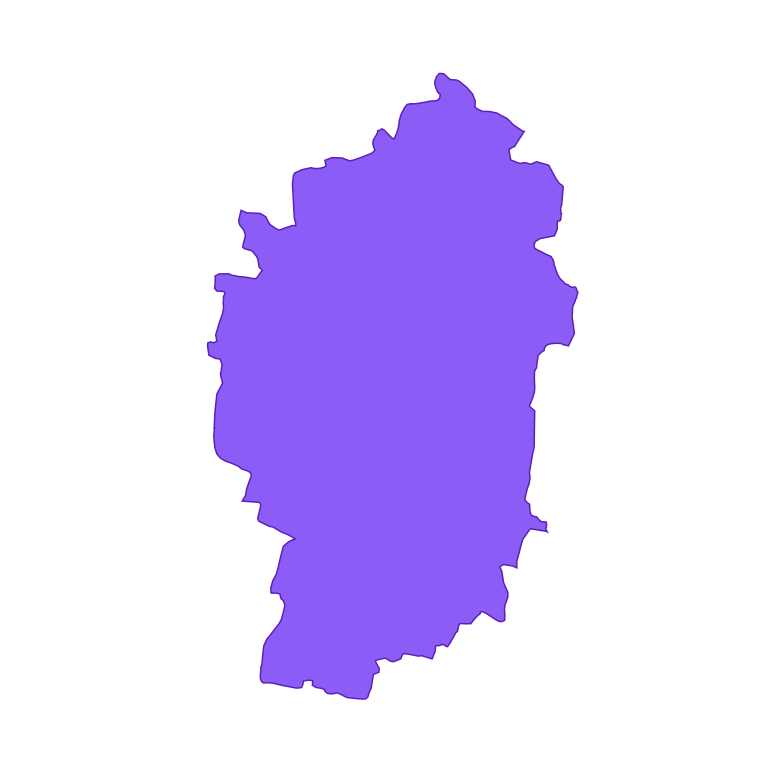 the district of Al Ma'ra, Idlib, Syria, rotated 278°
{"feature_id": "27442178B71280190344240", "entity_name": "Al Ma'ra", "entity_type": "district", "adm_level": 2, "iso_a3": "SYR", "parent_name": "Syria", "parent_adm1": "Idlib", "projection": "natural_earth1", "projection_center": [36.792, 35.566], "detail": "fine", "context": "isolated", "style": "filled", "palette": "violet", "viewbox_px": 768, "rotation_deg": 278, "n_neighbors": 0, "source": "geoboundaries", "source_scale": "gbopen_adm2", "svg_char_len": 6135}
<svg xmlns="http://www.w3.org/2000/svg" viewBox="0 0 768 768"><g transform="rotate(278 384 384)"><path d="M634.1,342.6L631.8,342.5L628.3,341.3L624.0,339.4L620.5,339.5L616.6,341.0L614.4,342.6L611.1,340.1L606.2,331.7L601.6,323.0L600.2,319.0L602.0,310.9L600.9,300.9L597.3,294.4L591.7,296.3L590.1,294.0L588.7,290.5L588.1,288.0L587.7,284.8L588.1,282.0L586.9,278.5L584.7,272.8L582.8,269.8L580.7,266.5L578.4,265.3L569.4,265.5L535.8,272.1L530.7,274.2L528.5,274.6L528.2,271.4L525.7,266.2L523.4,261.8L521.8,259.0L522.6,255.9L525.1,250.6L526.9,248.0L533.2,243.6L535.7,237.6L534.4,224.3L536.1,218.3L526.6,217.4L523.6,217.9L521.4,219.0L517.4,223.3L512.0,226.2L502.5,225.1L499.8,225.1L498.6,226.9L497.5,234.7L492.7,240.0L489.8,241.8L482.3,244.1L479.6,247.7L477.1,246.1L472.0,243.7L470.2,241.7L470.5,231.9L470.2,225.4L470.6,217.9L471.5,215.3L471.1,211.8L470.0,205.1L468.4,203.2L467.6,201.8L458.9,202.9L455.1,202.9L452.8,205.5L453.3,212.5L451.4,214.0L448.1,212.8L445.1,213.4L442.4,213.4L437.0,214.5L431.5,214.4L421.2,212.3L408.9,210.5L406.2,211.6L403.0,212.4L401.2,209.9L401.5,206.6L400.4,203.9L397.4,203.9L388.1,206.6L386.8,210.7L385.9,213.4L385.9,218.2L380.9,220.9L374.9,221.0L371.2,220.6L368.2,221.7L362.6,224.0L359.6,223.1L351.0,219.9L333.1,220.5L321.2,221.5L316.6,222.3L316.6,221.9L315.9,222.3L309.8,222.6L303.6,223.8L297.4,225.4L291.6,228.1L287.8,232.3L285.6,237.7L284.4,243.7L282.5,250.8L280.1,254.9L278.9,260.9L277.9,263.8L275.0,265.4L268.3,264.0L261.3,262.6L254.3,262.4L248.3,259.9L249.2,272.9L249.4,277.4L246.9,278.9L233.2,277.6L230.7,279.2L227.1,290.0L226.9,294.1L223.2,302.7L221.3,310.2L218.3,317.7L216.7,314.7L214.4,311.4L209.4,307.0L205.3,306.4L195.3,305.4L188.0,304.8L180.5,303.8L173.8,301.3L167.1,300.3L161.3,301.2L161.9,306.8L161.7,310.1L159.5,310.9L157.0,312.0L155.6,314.3L152.3,316.2L149.4,316.6L143.1,316.0L136.1,315.0L132.3,313.6L127.4,310.7L120.3,306.7L115.0,303.5L107.9,301.4L100.9,301.5L89.9,302.1L86.7,301.6L77.9,302.1L74.2,302.9L72.1,304.4L71.2,306.1L72.0,311.0L72.3,315.1L71.5,323.9L71.3,325.9L70.7,339.8L71.9,344.6L74.4,345.3L78.7,345.7L80.2,350.5L80.3,354.7L75.8,355.0L74.1,358.6L73.9,364.2L73.4,367.3L71.6,368.2L69.7,371.0L69.8,375.1L71.6,380.9L70.6,384.6L68.4,390.6L68.4,392.6L68.6,399.7L69.0,406.4L69.5,409.4L71.6,411.5L77.7,412.5L80.8,413.6L93.9,413.9L95.6,414.7L97.7,419.0L101.8,418.9L106.4,415.3L107.7,414.4L109.3,414.5L111.2,419.1L112.7,423.5L110.4,429.0L110.3,432.0L114.1,438.8L118.9,440.0L119.9,441.7L119.7,449.9L119.3,455.9L120.2,459.1L118.8,467.6L118.5,469.9L120.0,470.4L121.6,470.6L122.5,470.8L125.3,471.7L126.5,471.7L127.8,471.8L128.4,471.8L129.1,471.7L129.9,471.7L130.6,471.6L131.2,471.5L132.0,471.5L132.3,473.1L132.4,474.2L132.8,475.6L133.2,476.1L133.6,476.7L133.6,477.1L134.3,477.8L134.4,479.0L133.8,480.1L133.6,480.6L132.9,481.8L132.7,483.3L134.1,484.2L135.3,484.8L136.6,485.4L137.7,485.9L139.4,486.4L142.3,487.7L144.4,488.6L147.9,489.7L148.3,490.4L148.9,490.8L149.4,491.2L149.9,491.2L151.0,491.3L151.5,491.4L151.9,491.4L153.9,491.3L156.0,491.9L157.4,492.7L157.9,498.0L158.7,503.3L160.4,504.2L161.9,505.1L165.3,507.3L167.3,508.7L170.0,511.3L171.8,511.2L172.3,513.2L170.8,517.7L165.5,529.0L165.0,531.2L165.0,533.5L166.8,536.4L172.5,535.8L173.5,535.5L177.4,534.7L182.2,534.6L186.6,535.6L190.3,536.3L194.9,535.6L197.6,534.0L201.2,531.7L203.9,530.1L215.5,526.5L218.6,524.1L221.2,526.3L221.9,528.3L221.8,531.6L221.7,536.6L220.4,541.1L221.3,541.0L222.4,540.8L225.5,540.4L226.8,540.2L229.1,540.5L241.9,542.0L244.5,542.3L249.6,543.1L261.0,548.9L260.9,555.9L260.8,557.7L260.8,558.8L260.8,561.0L260.7,564.4L260.6,565.6L260.4,566.2L262.6,564.5L267.1,564.7L269.9,563.8L269.9,562.9L269.6,559.9L269.5,559.0L271.0,556.5L273.7,553.7L273.7,551.6L274.6,548.1L278.0,546.3L282.6,545.4L285.1,544.9L287.1,541.6L289.0,539.5L292.8,539.7L300.6,540.5L305.2,541.5L311.2,541.7L316.4,540.4L318.7,540.3L320.5,540.4L337.9,541.0L339.7,541.4L343.8,541.4L351.6,540.3L378.3,537.0L381.8,531.7L382.9,530.9L385.9,532.0L391.6,533.3L397.3,534.1L401.9,533.7L410.0,532.2L412.3,531.9L416.4,531.4L418.6,531.6L421.3,532.8L424.5,532.6L433.7,532.7L437.7,535.7L439.4,537.9L441.9,537.9L444.9,539.4L446.6,542.2L447.5,545.2L448.2,548.4L448.8,553.3L447.9,556.3L447.4,561.3L453.8,563.4L460.7,565.5L476.2,561.1L477.2,560.8L480.4,560.7L485.2,560.2L487.4,560.2L488.9,560.7L489.9,561.0L492.4,561.6L494.6,562.0L496.4,562.7L498.2,562.6L499.1,562.8L501.7,563.3L502.8,562.5L506.1,560.6L506.7,559.6L506.0,556.6L506.3,555.1L507.0,553.6L507.9,552.3L508.3,550.4L508.6,549.0L509.6,548.1L510.5,547.0L511.3,545.6L512.4,544.3L513.4,543.1L516.8,540.5L519.6,539.0L521.2,538.2L522.6,537.6L523.8,536.9L525.7,535.9L528.2,535.2L529.6,534.6L530.7,533.9L531.1,533.6L532.7,532.3L533.4,531.8L533.8,530.9L534.7,527.2L536.7,521.7L538.3,516.7L539.6,514.1L542.6,513.3L546.0,513.9L549.7,518.2L554.4,532.0L555.6,532.5L559.7,533.6L561.1,534.0L564.7,533.6L567.6,533.2L569.2,533.0L569.6,534.2L570.4,535.8L572.3,536.2L576.0,535.7L577.3,536.2L577.7,535.5L578.3,535.4L583.0,534.3L585.6,535.0L599.3,534.3L601.2,534.2L604.4,533.9L605.8,532.2L606.3,531.1L606.7,530.2L607.2,529.6L607.9,528.8L608.8,528.0L610.5,526.5L611.5,525.5L613.6,524.0L614.0,523.7L615.9,522.3L617.8,520.9L619.7,519.5L620.6,518.8L623.6,516.6L623.8,515.0L624.0,513.6L624.2,512.2L624.5,510.3L624.7,508.7L624.9,507.2L625.2,504.9L625.3,504.0L622.2,499.1L622.2,497.3L622.7,494.8L622.8,492.5L622.0,490.2L621.3,488.0L621.7,486.2L623.5,478.3L627.7,476.9L628.3,476.7L631.1,475.8L633.3,475.1L636.0,477.8L637.2,480.1L653.6,487.7L653.9,485.6L654.6,484.3L658.5,476.2L660.8,473.2L663.8,469.4L665.6,464.6L666.5,461.8L668.0,458.2L668.4,452.6L668.4,449.0L667.7,443.6L669.6,437.4L671.1,435.5L676.8,435.0L683.6,431.2L689.1,424.8L694.3,416.5L695.1,413.3L694.7,407.1L697.2,403.4L699.6,399.8L699.2,395.5L695.8,393.3L691.2,392.3L688.6,392.4L684.6,394.1L680.5,396.5L678.4,399.5L674.6,399.3L671.9,396.8L670.7,391.0L669.2,386.6L668.1,383.4L665.8,375.9L665.2,371.2L664.0,368.0L660.6,365.9L653.4,363.4L647.1,362.5L643.6,362.6L640.5,362.5L638.2,362.4L636.2,361.9L634.2,361.8L631.5,360.8L628.7,360.3L628.4,359.8L628.5,358.1L630.6,355.1L635.3,349.1L636.3,346.9L636.0,345.8L634.3,344.2L634.1,342.6Z" fill="#8b5cf6" stroke="#5b21b6" stroke-width="1.5"/></g></svg>